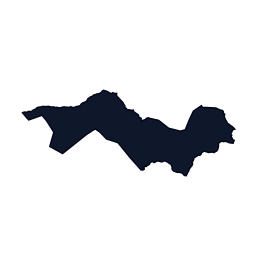 Passagem Franca do Piauí, Piauí, Brazil (Robinson projection), rotated 104°
{"feature_id": "56859067B41463786975688", "entity_name": "Passagem Franca do Piauí", "entity_type": "district", "adm_level": 2, "iso_a3": "BRA", "parent_name": "Brazil", "parent_adm1": "Piauí", "projection": "robinson", "projection_center": [-42.424, -5.897], "detail": "fine", "context": "isolated", "style": "filled", "palette": "ink", "viewbox_px": 256, "rotation_deg": 104, "n_neighbors": 0, "source": "geoboundaries", "source_scale": "gbopen_adm2", "svg_char_len": 2751}
<svg xmlns="http://www.w3.org/2000/svg" viewBox="0 0 256 256"><g transform="rotate(104 128 128)"><path d="M109.4,127.2L110.1,129.3L110.0,131.5L110.7,133.1L109.4,134.5L108.7,136.1L107.3,136.4L105.7,138.2L104.5,139.1L103.7,140.5L102.1,142.8L101.2,144.2L100.0,146.2L98.5,147.4L97.2,147.4L97.8,149.5L97.4,151.3L98.5,152.1L98.6,154.0L97.8,156.1L97.5,158.2L97.4,159.6L97.4,161.0L98.3,161.8L99.7,162.4L101.5,164.0L102.4,166.2L103.6,167.9L104.4,169.3L106.0,170.4L106.9,171.9L108.2,172.9L109.1,173.9L110.7,174.2L112.5,175.1L113.3,175.9L114.1,177.4L115.4,178.7L116.3,179.3L117.6,179.6L118.5,180.7L119.4,182.6L120.0,183.8L121.0,184.7L121.5,186.9L121.2,188.7L122.3,190.0L122.5,191.8L122.8,193.5L123.0,195.1L123.7,196.8L124.4,197.9L125.1,199.1L125.1,201.2L125.3,202.6L125.8,204.0L125.5,205.5L126.1,206.8L126.2,208.9L126.2,210.3L126.8,212.1L127.4,213.7L127.4,215.0L128.1,216.8L128.9,218.1L129.4,219.8L130.4,221.3L132.3,222.3L132.7,223.4L133.5,224.3L134.6,225.1L135.7,226.2L135.7,227.6L136.1,228.8L137.3,229.9L137.4,231.8L138.0,233.1L138.7,234.0L143.0,228.1L144.2,226.3L140.7,221.0L136.4,214.5L140.7,208.7L150.0,198.9L164.8,199.4L168.6,185.3L158.4,177.5L144.3,166.7L136.8,159.7L138.7,154.3L143.8,146.2L144.7,134.1L156.4,118.5L165.5,105.2L165.1,103.3L164.1,102.3L162.6,102.9L161.2,102.7L160.8,100.8L159.9,101.2L159.3,99.7L158.2,98.6L157.0,98.4L155.6,97.5L154.4,96.4L155.3,94.5L154.6,93.4L153.3,92.3L152.7,90.9L152.7,89.4L152.8,87.4L152.1,86.1L151.0,85.0L151.2,83.1L151.5,81.2L152.2,79.7L152.8,77.8L153.5,76.9L155.0,75.8L156.8,75.4L157.8,74.8L158.7,73.3L159.0,70.9L159.1,69.4L158.7,67.9L158.5,66.4L158.6,64.9L159.1,63.6L160.0,62.6L160.4,61.2L160.2,60.0L157.9,59.6L156.0,59.1L154.6,58.6L153.3,58.8L152.0,58.2L150.7,57.7L149.3,56.9L147.3,56.6L146.2,57.5L145.2,57.2L143.2,56.8L141.1,56.8L139.2,55.0L137.4,53.2L137.0,51.6L135.8,50.8L134.4,50.7L133.2,49.8L132.0,48.4L132.1,46.1L132.3,44.1L131.0,40.7L131.0,38.6L129.8,37.5L128.7,36.3L127.3,35.8L126.2,35.8L124.9,35.7L123.0,36.0L121.3,36.6L119.9,35.7L119.0,35.0L118.0,33.5L118.2,32.1L117.5,30.8L117.3,28.9L117.7,26.9L117.7,25.0L117.3,22.3L115.5,22.2L114.3,22.0L114.1,23.6L112.7,24.5L111.5,25.9L109.9,25.6L108.7,27.1L107.7,26.7L106.6,26.3L105.2,26.2L104.0,25.4L103.3,24.2L102.6,25.2L101.5,27.0L100.8,29.2L100.0,30.8L99.4,32.7L97.9,33.8L96.8,35.0L95.9,35.8L93.7,37.4L92.3,37.4L91.1,37.6L90.6,39.1L88.9,39.6L88.1,40.8L88.3,42.1L87.9,45.3L87.5,46.4L87.4,48.0L87.7,49.4L89.4,58.2L90.0,59.8L89.7,61.1L88.6,62.2L95.8,68.6L104.9,70.4L115.9,72.0L117.2,74.3L118.4,76.4L118.4,80.1L118.4,88.5L113.2,100.2L113.4,109.2L113.1,110.5L114.0,112.3L115.9,113.5L116.9,115.3L118.3,116.7L117.1,117.2L115.4,117.6L115.0,119.8L113.9,120.5L112.8,121.2L111.7,124.2L110.7,126.6L109.4,127.2Z" fill="#0f172a" stroke="#020617" stroke-width="1.5"/></g></svg>